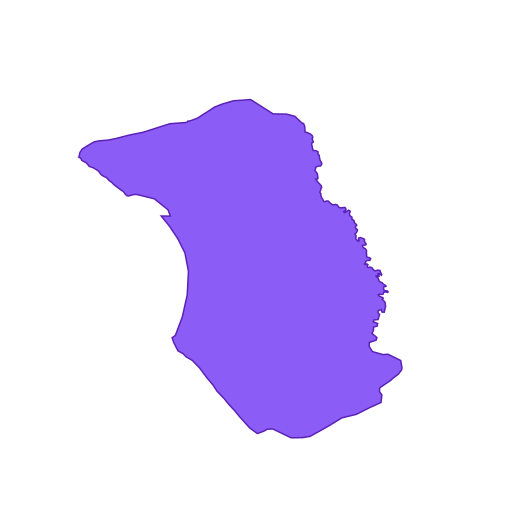 Doma, Nassarawa, Nigeria, rotated 141°
{"feature_id": "59680162B87556890682936", "entity_name": "Doma", "entity_type": "district", "adm_level": 2, "iso_a3": "NGA", "parent_name": "Nigeria", "parent_adm1": "Nassarawa", "projection": "natural_earth1", "projection_center": [8.177, 8.137], "detail": "fine", "context": "isolated", "style": "filled", "palette": "violet", "viewbox_px": 512, "rotation_deg": 141, "n_neighbors": 0, "source": "geoboundaries", "source_scale": "gbopen_adm2", "svg_char_len": 4434}
<svg xmlns="http://www.w3.org/2000/svg" viewBox="0 0 512 512"><g transform="rotate(141 256 256)"><path d="M239.7,413.0L249.9,417.0L255.9,419.3L266.3,423.4L278.3,429.7L285.7,433.1L290.4,435.2L297.9,439.1L305.4,444.2L309.8,446.5L315.8,447.5L323.7,448.5L327.6,447.3L331.4,444.3L331.5,444.3L330.7,442.3L330.8,441.6L330.9,441.0L331.1,440.5L331.2,440.0L330.8,438.9L330.5,438.4L330.1,437.1L329.8,436.2L329.5,435.9L329.2,435.1L329.1,434.5L329.3,434.1L329.2,433.7L329.1,432.9L329.1,432.4L329.2,432.2L329.3,431.7L329.3,431.2L329.0,430.2L327.8,428.4L326.8,426.7L326.1,424.8L325.2,421.8L325.0,420.7L325.1,417.9L325.1,416.7L324.9,415.6L323.9,413.1L322.9,411.1L322.8,410.0L322.7,409.3L322.7,407.7L322.5,406.5L322.3,405.8L322.0,404.9L321.7,403.7L321.6,402.1L321.6,401.2L320.7,397.4L319.6,393.1L319.3,391.9L318.6,390.0L318.5,389.1L318.6,387.5L318.7,386.0L318.3,384.0L317.3,382.9L315.5,382.0L314.2,381.7L313.0,380.9L311.4,380.1L310.6,379.4L309.2,377.9L299.0,364.4L295.3,347.4L297.4,340.9L304.5,346.7L304.5,333.7L305.9,318.5L309.3,303.1L318.2,286.5L323.8,280.3L328.3,275.3L334.1,268.9L351.8,254.9L360.7,249.7L367.5,245.7L368.6,245.0L372.6,245.3L374.1,241.4L375.6,235.0L376.3,231.2L374.1,225.9L373.8,221.8L371.2,214.9L370.6,207.9L370.3,204.0L370.8,191.8L370.6,182.3L371.4,175.5L370.5,165.3L370.5,157.3L369.9,149.0L369.9,141.6L369.1,126.3L366.7,117.2L360.4,115.0L356.3,114.3L351.8,111.0L343.1,92.6L334.2,85.6L327.5,81.8L309.2,78.6L304.3,77.9L291.2,76.2L283.4,72.5L277.7,69.8L263.3,66.7L251.0,63.5L245.6,68.8L245.4,72.8L242.9,75.7L229.6,74.6L226.6,74.8L219.6,74.6L214.4,75.9L212.8,77.4L209.3,83.7L215.3,96.7L219.2,99.3L225.7,108.4L224.9,114.6L222.4,117.5L215.6,115.0L213.4,116.5L214.6,122.9L211.6,124.2L209.4,126.8L206.0,125.3L203.9,127.0L206.3,131.2L204.6,132.1L201.2,129.8L196.7,132.8L197.0,134.7L195.6,136.6L192.4,135.7L193.3,132.9L191.7,131.6L186.8,135.5L184.8,138.9L184.9,141.3L185.1,142.9L183.7,143.1L183.6,143.8L184.9,146.0L185.6,148.3L185.3,149.0L184.0,148.6L182.5,146.9L181.0,146.4L179.5,147.5L177.9,146.5L176.9,145.1L176.2,144.9L175.8,145.3L175.8,146.1L176.6,146.8L177.3,147.4L178.0,148.9L177.4,150.2L176.8,151.1L175.9,151.6L174.7,150.8L173.9,150.7L173.7,151.2L174.4,152.8L174.9,154.8L174.7,155.8L175.7,157.4L176.1,159.0L175.4,160.6L175.0,162.4L175.6,164.1L175.3,164.9L174.5,164.4L174.0,163.1L173.1,162.8L172.7,163.4L172.9,164.8L172.5,165.5L171.6,165.2L170.6,162.1L170.0,162.5L169.6,164.0L169.3,165.6L168.7,166.7L170.5,168.6L172.5,169.2L173.2,170.3L173.4,171.6L173.3,173.9L174.0,175.2L174.7,175.9L176.1,176.4L176.5,177.1L176.2,177.7L175.5,178.4L174.5,178.7L174.6,179.6L175.1,180.3L176.5,180.6L176.7,181.3L176.1,181.8L174.9,182.0L174.4,182.6L173.0,182.7L172.1,182.4L171.0,181.4L170.2,180.9L169.6,181.4L168.6,181.7L168.5,182.2L169.0,183.5L169.8,184.3L170.4,185.6L169.6,187.0L168.8,187.9L168.0,189.4L167.0,190.1L166.5,191.3L166.5,193.0L167.3,194.9L167.3,196.0L166.6,197.2L165.7,197.0L164.6,195.9L163.7,195.6L163.0,195.8L162.7,196.6L162.6,199.1L161.2,200.6L161.6,201.9L162.8,203.8L163.4,204.8L164.9,205.3L165.9,204.5L166.1,203.2L166.7,202.8L167.5,203.6L167.8,205.6L167.5,206.8L166.3,207.9L165.4,208.9L165.5,210.4L164.9,211.0L163.2,210.9L161.2,212.0L160.6,212.5L160.8,213.6L161.3,214.0L160.8,215.6L159.7,216.5L158.5,216.4L158.1,217.3L158.6,219.7L158.4,220.7L157.7,221.3L157.6,222.1L157.8,223.0L158.3,223.8L158.2,224.4L157.3,225.3L157.0,225.9L157.3,226.9L157.6,228.3L156.9,230.1L154.6,231.4L155.1,233.3L159.4,233.8L160.0,234.1L160.2,235.1L159.2,235.3L157.6,235.1L156.7,235.6L156.2,237.0L156.5,237.9L159.7,240.0L161.0,241.5L160.7,244.3L161.5,245.9L163.4,246.9L164.2,247.6L165.0,250.3L165.2,253.1L166.4,254.3L168.0,254.8L168.9,255.6L168.8,257.0L168.4,258.1L168.3,260.1L167.6,262.0L166.7,263.2L166.3,263.9L166.3,265.5L165.0,266.1L164.0,266.7L163.0,267.7L161.7,268.0L161.1,269.9L161.4,274.7L161.1,278.2L159.6,277.2L158.8,277.5L156.5,281.5L156.4,283.8L156.5,285.3L155.1,286.1L153.6,287.4L151.0,286.7L149.3,285.4L147.5,285.7L146.6,286.5L145.7,290.7L144.6,292.7L143.5,294.5L143.6,296.4L142.2,298.0L143.1,300.0L145.2,302.2L144.6,303.4L142.5,307.7L141.2,308.7L139.7,308.5L138.5,311.9L137.1,312.5L136.5,314.2L137.0,316.7L138.3,319.3L139.8,321.5L137.9,324.2L136.4,326.4L135.7,329.0L136.7,330.7L137.9,340.1L142.9,347.0L153.3,355.7L161.7,380.9L172.1,388.2L175.1,390.3L175.8,390.8L186.0,395.1L194.3,397.8L205.8,399.0L214.9,400.0L222.0,402.4L224.1,403.7L225.3,403.3L226.3,403.8L228.8,405.5L239.7,413.0Z" fill="#8b5cf6" stroke="#5b21b6" stroke-width="1.5"/></g></svg>